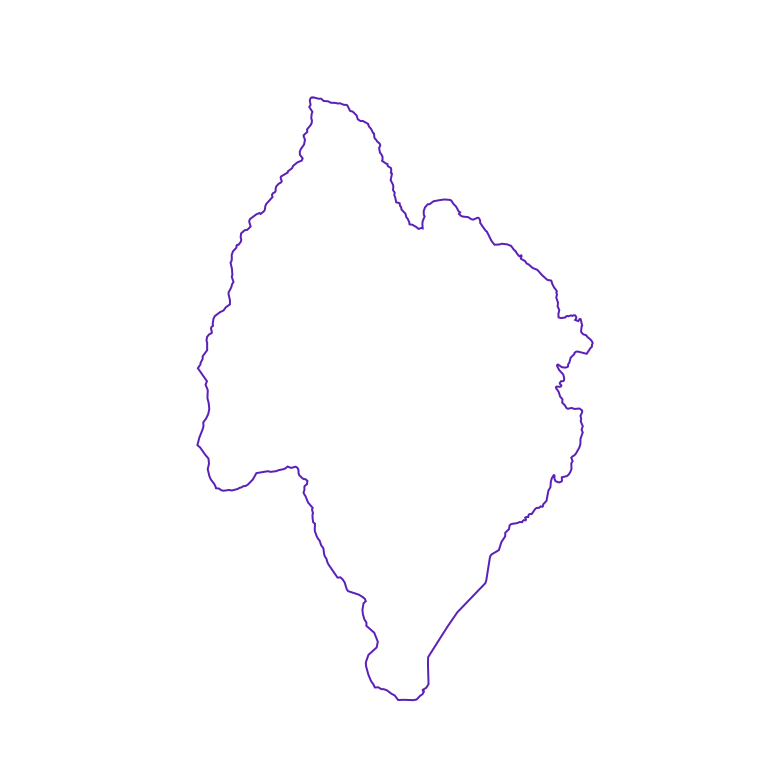 Santo Crucifixo, Ribeira Grande, Cabo Verde (Mercator projection), rotated 324°
{"feature_id": "66160863B26577257957631", "entity_name": "Santo Crucifixo", "entity_type": "district", "adm_level": 2, "iso_a3": "CPV", "parent_name": "Cabo Verde", "parent_adm1": "Ribeira Grande", "projection": "mercator", "projection_center": [-25.106, 17.131], "detail": "fine", "context": "isolated", "style": "outline", "palette": "violet", "viewbox_px": 768, "rotation_deg": 324, "n_neighbors": 0, "source": "geoboundaries", "source_scale": "gbopen_adm2", "svg_char_len": 6166}
<svg xmlns="http://www.w3.org/2000/svg" viewBox="0 0 768 768"><g transform="rotate(324 384 384)"><path d="M284.5,230.9L280.8,234.6L279.9,236.4L277.9,236.5L276.6,237.4L275.5,240.4L274.5,241.5L271.6,241.1L268.5,241.9L265.8,244.7L265.3,246.5L260.8,252.7L253.6,255.0L251.9,257.2L248.0,259.1L247.0,260.3L242.7,261.8L242.4,277.7L239.3,279.6L237.8,285.4L232.8,291.7L231.1,296.1L228.0,301.5L224.0,305.1L219.9,307.3L215.1,308.9L213.4,311.8L210.9,313.9L203.0,318.9L197.1,323.8L197.9,327.1L197.8,336.2L198.2,341.1L195.6,345.6L191.3,349.3L188.5,356.1L187.8,359.4L187.9,365.1L187.4,368.0L186.8,369.5L189.1,371.7L189.9,374.3L191.5,376.1L196.3,378.6L198.3,380.7L204.1,383.0L205.9,383.0L207.3,383.7L210.2,384.0L212.0,385.1L214.5,385.4L221.6,384.2L228.4,381.1L238.8,386.3L240.6,388.4L245.6,391.2L247.9,391.7L252.8,393.9L254.5,394.3L257.5,394.1L259.5,397.3L263.8,398.9L264.7,400.7L264.4,403.0L262.6,405.7L261.8,408.0L262.6,412.5L263.3,413.9L264.5,414.8L265.1,417.4L262.8,419.8L260.5,419.8L259.2,420.3L257.4,422.9L255.3,424.4L254.8,425.3L254.5,428.8L252.9,435.2L253.5,442.3L252.0,443.2L250.5,447.0L249.3,447.7L247.1,451.0L245.5,454.1L246.0,456.5L242.3,461.2L241.5,462.6L240.1,467.5L239.7,470.3L239.8,473.1L238.4,477.3L238.4,481.3L235.5,486.5L234.8,488.8L234.7,491.6L233.6,494.3L233.0,497.3L232.6,513.3L235.1,514.8L235.7,517.9L235.5,521.5L233.2,528.2L233.2,530.5L239.8,539.6L241.7,544.2L242.2,546.8L241.5,549.1L238.7,549.3L233.8,554.0L231.6,557.9L229.8,562.8L229.5,566.8L227.6,569.3L229.9,579.5L227.5,588.9L223.2,592.8L212.2,594.0L205.7,598.5L203.7,601.6L200.6,609.7L198.9,616.6L198.9,620.6L198.2,624.1L201.2,626.1L202.4,629.2L204.2,630.5L206.2,633.3L208.0,639.0L209.6,642.3L209.7,648.0L214.2,651.0L221.9,657.0L224.9,658.4L229.8,657.5L232.8,657.6L235.4,656.4L235.7,656.0L235.1,655.0L235.6,654.2L239.6,654.6L243.6,653.0L255.3,635.9L259.2,630.9L292.5,617.7L309.1,611.8L348.9,604.7L351.4,602.9L367.7,586.6L369.2,585.5L371.1,585.1L379.3,585.9L386.2,580.8L392.5,578.5L394.7,575.6L399.7,574.9L402.6,572.2L404.3,572.1L405.9,572.7L409.9,574.8L412.6,575.4L414.6,577.0L415.8,576.3L417.0,576.3L418.4,577.5L419.2,577.1L419.7,575.1L421.0,575.3L422.5,576.4L423.8,575.1L425.1,574.7L427.0,576.0L432.5,574.1L434.0,573.9L435.2,574.3L436.6,575.3L438.9,575.1L439.6,576.2L440.5,576.4L442.2,574.9L446.7,574.1L454.3,566.9L458.0,565.3L461.4,561.3L464.3,558.9L467.7,557.5L468.1,558.0L468.0,558.5L466.3,560.7L465.7,563.0L466.1,564.3L468.0,566.7L470.4,567.2L471.1,566.9L473.0,564.0L477.8,566.0L480.3,565.8L483.2,564.6L485.7,563.0L488.8,558.4L491.2,557.3L492.2,553.7L493.8,553.4L496.0,553.6L498.6,553.0L504.7,550.2L507.5,548.1L510.7,543.9L516.3,540.0L517.0,537.1L520.0,535.0L521.2,529.8L523.0,528.2L524.2,525.3L527.8,523.2L528.7,521.9L527.8,518.8L523.4,516.1L521.8,513.7L518.4,512.2L517.8,511.6L517.5,510.7L517.8,507.2L517.2,503.9L519.4,501.3L519.1,497.7L520.7,493.0L520.8,488.6L521.2,487.7L522.3,487.6L524.5,489.6L525.7,490.0L526.7,489.3L526.4,487.1L526.8,486.5L528.9,485.8L530.6,487.0L531.7,486.9L533.2,485.2L534.6,481.6L533.9,475.7L534.7,470.9L535.4,470.4L536.2,470.5L537.8,475.0L540.4,477.4L542.3,478.0L543.1,478.0L544.7,476.2L546.4,475.7L550.5,472.4L555.5,471.7L556.2,470.9L558.3,470.7L559.9,471.7L565.7,478.7L572.1,476.3L574.2,476.0L575.0,474.8L576.9,473.5L577.3,471.8L577.2,469.3L576.2,465.7L576.2,463.4L574.4,460.9L574.0,458.3L574.5,457.1L577.6,453.7L578.6,453.3L581.2,447.1L580.5,446.5L578.1,447.3L576.3,444.5L578.1,443.8L578.9,442.8L579.0,440.9L577.7,439.8L576.5,439.7L575.6,438.4L573.2,437.7L572.3,436.7L570.9,436.3L569.9,436.8L565.9,434.7L564.4,432.7L566.1,430.0L569.3,427.2L570.1,423.2L572.5,420.6L574.2,415.2L576.5,413.4L577.0,411.6L578.2,410.8L578.5,408.3L578.3,406.1L578.9,402.2L580.1,398.7L577.3,395.7L575.8,388.6L575.2,381.8L572.5,377.6L571.2,372.1L570.2,370.3L570.4,367.6L568.4,363.2L568.7,362.5L570.5,361.4L570.7,360.7L570.1,360.4L569.1,360.6L568.5,360.1L568.2,356.1L568.6,354.3L568.0,351.6L568.0,347.0L565.8,343.5L561.8,339.8L558.9,338.7L555.2,336.2L555.1,331.2L556.8,321.2L556.3,319.5L556.5,310.2L557.8,308.4L558.3,306.0L558.0,305.0L557.2,304.4L553.2,303.6L552.3,303.0L551.4,301.7L550.1,298.4L546.3,295.0L545.2,293.5L544.6,290.5L546.5,289.9L545.9,288.2L546.6,282.8L546.0,278.9L546.3,275.1L545.4,273.7L541.3,270.2L536.4,267.6L531.5,265.3L526.6,265.3L525.0,264.3L521.0,265.2L517.7,267.5L515.6,270.6L515.5,272.2L511.3,274.8L509.3,276.8L506.8,280.8L506.0,279.8L503.1,278.8L502.4,276.0L500.5,271.8L498.5,269.8L499.6,267.8L500.3,264.0L500.1,262.1L501.5,258.8L500.7,253.2L501.9,250.7L501.6,249.7L502.9,246.9L500.7,244.2L502.8,239.5L503.2,237.5L505.1,235.5L505.3,232.4L507.6,229.8L508.4,228.0L509.2,223.0L514.1,218.5L513.7,217.1L515.0,216.0L516.4,213.8L516.5,213.1L515.3,210.4L515.3,209.3L516.1,208.1L515.1,206.5L513.6,202.3L514.8,201.5L516.5,199.0L516.9,195.9L516.7,194.6L518.7,190.2L521.0,189.0L521.5,188.2L521.8,187.0L521.0,183.6L521.2,181.6L520.9,180.4L521.1,178.9L523.1,175.5L522.7,174.5L523.5,169.9L523.2,167.4L523.6,165.1L524.1,164.4L521.5,158.8L519.5,157.3L518.4,154.5L519.7,150.5L518.8,145.3L517.1,143.1L518.1,137.0L517.6,136.1L515.6,134.5L513.3,130.9L511.5,130.0L510.2,128.3L506.2,125.1L505.0,122.5L501.6,119.6L500.8,116.2L498.7,114.7L495.2,110.4L494.6,110.5L494.1,109.7L492.7,109.6L490.7,110.9L488.6,115.1L486.4,115.9L486.0,121.8L484.3,122.9L481.2,126.4L480.8,128.2L479.0,130.3L476.9,131.4L471.4,132.8L470.1,135.0L465.2,135.5L464.4,136.8L463.8,139.7L460.2,143.2L454.7,145.1L452.5,146.5L450.7,149.1L450.8,153.7L448.7,154.9L444.2,153.8L438.8,154.1L436.4,155.4L431.1,155.5L430.4,156.3L422.5,155.6L421.5,156.5L420.5,159.8L419.3,160.4L416.4,160.1L413.1,160.8L411.3,162.1L409.7,164.2L408.4,164.7L406.3,164.4L404.5,165.1L403.7,167.2L394.7,169.1L392.7,170.2L390.0,173.0L388.2,173.7L384.1,173.9L383.8,172.5L380.5,171.7L372.7,171.8L371.1,172.6L370.3,173.6L368.7,178.2L364.0,178.9L361.6,177.7L356.9,178.2L354.3,181.0L353.3,183.5L351.7,184.8L348.1,185.9L346.9,185.1L345.7,185.6L345.5,186.2L344.5,187.0L339.8,187.9L336.7,190.0L334.3,193.5L332.9,194.9L331.2,195.6L328.5,201.8L325.3,206.8L323.9,207.7L322.2,213.0L319.9,213.9L317.1,216.1L312.2,218.5L311.0,220.0L308.6,225.7L306.2,229.0L301.0,229.0L297.5,230.2L293.6,229.5L287.1,229.6L284.5,230.9Z" fill="none" stroke="#5b21b6" stroke-width="2"/></g></svg>